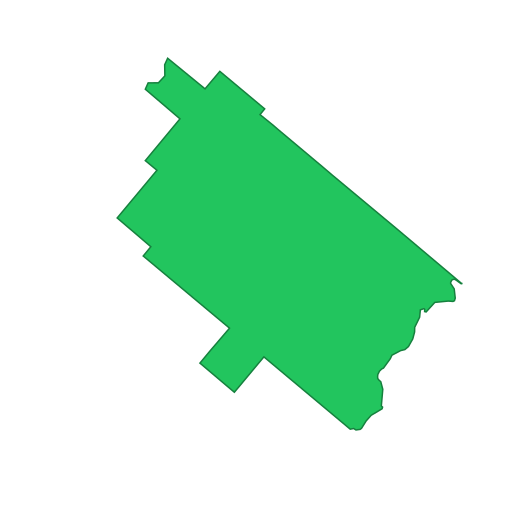 outline of Calcasieu, Louisiana, United States of America, rotated 220°
{"feature_id": "52423323B60189599793984", "entity_name": "Calcasieu", "entity_type": "district", "adm_level": 2, "iso_a3": "USA", "parent_name": "United States of America", "parent_adm1": "Louisiana", "projection": "robinson", "projection_center": [-93.51, 30.264], "detail": "fine", "context": "isolated", "style": "filled", "palette": "green", "viewbox_px": 512, "rotation_deg": 220, "n_neighbors": 0, "source": "geoboundaries", "source_scale": "gbopen_adm2", "svg_char_len": 1081}
<svg xmlns="http://www.w3.org/2000/svg" viewBox="0 0 512 512"><g transform="rotate(220 256 256)"><path d="M72.5,183.9L70.3,186.6L67.6,187.0L64.8,190.1L64.4,191.8L65.6,200.4L65.4,208.0L61.2,220.0L61.9,221.6L63.6,221.7L73.2,235.4L79.6,239.9L82.1,240.0L84.0,240.4L85.4,241.9L86.5,243.5L87.4,247.2L87.1,250.2L86.3,252.1L87.1,263.6L87.9,266.6L88.1,267.4L84.4,276.5L81.8,280.0L81.0,284.6L82.6,293.2L85.7,299.8L88.6,303.4L89.6,307.5L91.3,314.3L95.5,320.4L93.5,323.6L92.5,323.6L91.1,321.8L89.7,322.5L89.2,335.4L79.7,345.1L75.9,347.8L75.2,349.3L76.3,351.8L83.0,358.2L89.3,360.1L90.0,361.1L90.5,363.4L89.9,364.9L88.5,366.0L81.0,366.6L80.2,367.6L81.1,367.1L165.4,367.3L249.2,367.0L262.2,367.1L321.4,367.1L326.2,367.2L343.8,366.9L343.9,374.3L402.4,374.2L402.5,351.3L450.8,350.7L448.9,343.8L441.6,335.4L442.1,325.9L449.9,319.3L448.0,312.6L402.4,312.2L402.1,257.9L387.0,258.0L386.8,195.9L361.8,195.7L342.5,195.5L342.5,193.0L342.4,183.5L229.9,183.7L230.2,153.3L230.1,137.9L185.0,137.7L185.0,145.6L185.1,173.9L185.1,183.8L72.5,183.9Z" fill="#22c55e" stroke="#15803d" stroke-width="1.5"/></g></svg>